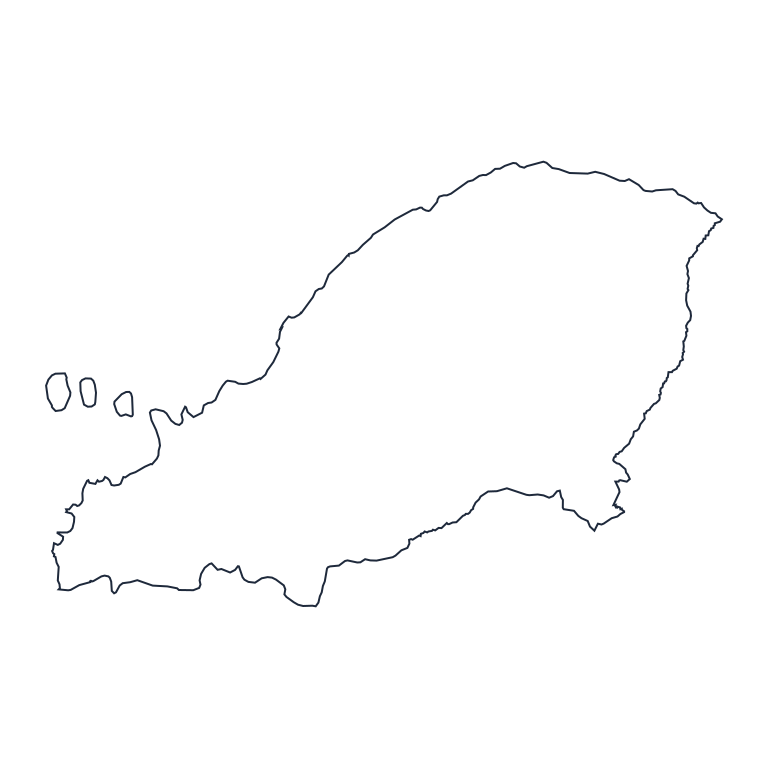 Lombok Utara, Nusa Tenggara Barat, Indonesia (Robinson projection)
{"feature_id": "22746128B90862663975631", "entity_name": "Lombok Utara", "entity_type": "district", "adm_level": 2, "iso_a3": "IDN", "parent_name": "Indonesia", "parent_adm1": "Nusa Tenggara Barat", "projection": "robinson", "projection_center": [116.286, -8.345], "detail": "fine", "context": "isolated", "style": "outline", "palette": "slate", "viewbox_px": 768, "rotation_deg": 0, "n_neighbors": 0, "source": "geoboundaries", "source_scale": "gbopen_adm2", "svg_char_len": 6047}
<svg xmlns="http://www.w3.org/2000/svg" viewBox="0 0 768 768"><path d="M496.9,491.2L506.9,488.3L526.4,494.8L529.3,495.2L537.7,494.5L543.6,495.4L549.1,497.7L553.0,496.1L557.0,491.3L559.8,490.6L561.2,497.1L562.9,499.9L562.8,507.7L563.7,509.2L574.0,510.8L578.3,515.9L581.5,518.2L587.7,521.0L590.0,526.6L594.4,530.7L597.9,523.7L601.5,524.5L603.7,523.6L611.7,518.2L617.5,516.5L620.4,514.0L624.1,512.1L624.1,511.3L622.1,509.9L621.8,508.6L620.4,509.2L620.0,507.4L618.3,506.9L617.3,507.6L616.8,506.5L615.9,507.3L615.0,505.7L615.5,504.8L613.4,505.1L619.5,492.1L619.1,489.4L615.4,481.6L618.6,481.6L619.3,480.4L620.3,480.2L626.8,481.7L629.8,479.0L627.7,474.5L626.1,472.6L625.4,469.2L619.3,463.9L616.8,463.3L613.9,461.3L613.2,460.1L613.8,458.1L614.2,457.2L615.7,456.6L615.4,455.4L616.2,454.2L618.2,453.9L619.6,451.9L621.7,451.3L624.2,447.8L629.1,443.7L630.8,439.2L633.1,436.4L633.9,431.7L636.9,430.5L638.9,428.6L640.3,424.4L644.7,418.8L644.1,413.6L645.8,413.3L646.7,411.1L649.8,409.6L650.5,407.9L654.0,403.9L655.8,403.3L659.3,400.0L659.8,397.9L659.2,394.9L660.5,394.5L660.9,392.9L660.2,391.3L660.7,388.5L662.6,387.1L663.1,383.5L664.1,383.4L664.8,381.5L665.9,381.3L666.5,380.3L666.8,378.0L667.8,377.3L668.5,372.1L672.0,372.1L672.7,370.8L676.7,368.7L677.6,366.5L679.1,365.6L680.2,361.2L683.0,359.7L682.2,357.0L683.0,354.4L682.7,353.0L684.1,351.7L683.3,350.1L683.8,346.5L683.3,341.4L684.3,340.9L686.4,335.7L686.0,332.2L687.3,331.3L687.3,329.0L686.4,328.2L686.1,325.8L687.8,322.6L690.2,320.1L691.0,315.9L690.5,311.7L687.2,305.6L686.1,300.2L686.4,293.5L688.4,290.1L687.6,288.9L688.3,285.7L687.6,283.7L688.9,278.1L687.4,274.1L688.0,271.0L686.6,265.9L689.2,260.4L689.2,258.4L692.9,256.3L692.9,255.3L697.2,250.2L696.8,248.2L697.5,245.9L698.6,246.1L699.3,244.5L702.7,241.9L703.6,238.7L705.3,238.9L705.7,235.5L708.3,235.3L709.0,231.2L710.7,230.2L711.2,228.5L713.4,227.9L713.6,225.9L714.8,225.1L714.8,223.3L720.1,221.7L721.9,219.3L717.7,216.5L715.5,213.3L710.9,212.8L707.4,210.5L704.0,207.4L701.1,203.0L698.4,203.3L697.7,202.6L696.3,203.6L694.0,203.3L684.3,196.7L678.2,194.4L675.5,190.9L672.6,189.2L655.9,190.3L652.2,191.5L645.5,190.9L643.5,190.1L638.7,185.0L629.0,179.2L624.8,181.0L619.6,180.7L604.1,174.0L595.2,171.8L587.7,173.6L569.6,173.0L558.8,169.1L552.3,168.0L546.5,162.8L543.4,161.7L526.8,166.2L524.2,167.7L519.8,166.5L516.1,163.3L513.1,163.0L504.8,165.9L500.0,168.7L495.1,168.9L490.8,172.5L486.0,175.1L482.9,175.0L479.3,175.9L472.8,180.3L468.0,181.5L451.1,193.6L447.0,195.3L443.9,195.3L439.3,196.6L437.7,199.2L437.1,201.9L430.2,210.3L428.6,211.0L426.0,210.5L423.0,209.0L421.9,207.7L420.0,207.6L416.2,209.4L412.8,209.7L394.7,219.5L384.7,227.3L373.0,234.5L370.9,237.8L362.9,244.8L357.8,250.3L354.2,252.5L348.9,253.9L348.7,255.5L348.2,255.0L347.1,255.8L341.9,262.1L328.7,274.6L324.0,286.4L321.8,288.5L318.8,289.0L315.5,291.3L312.9,297.2L301.3,313.0L300.9,312.7L299.6,314.4L294.3,317.4L291.6,317.7L288.6,316.5L283.5,322.8L280.5,328.6L281.9,328.0L280.0,331.8L279.1,338.7L276.5,342.8L276.6,344.5L279.3,348.4L278.4,351.7L273.3,362.1L267.4,370.3L265.5,374.6L260.5,379.0L259.9,378.3L251.9,382.0L246.7,383.7L243.2,384.0L238.4,383.6L235.2,381.8L227.6,380.7L225.9,381.7L222.7,385.6L219.3,391.1L215.4,399.9L211.6,402.5L208.1,403.0L203.8,405.4L202.1,412.7L193.5,417.1L187.7,412.2L186.0,407.3L185.1,406.7L181.4,414.4L182.7,419.9L182.0,422.7L179.2,425.0L175.4,423.9L171.2,420.6L166.5,413.4L163.6,411.2L155.6,409.3L151.2,410.5L149.9,412.6L151.5,420.3L156.1,430.0L159.1,439.3L160.0,445.7L158.7,450.5L158.4,455.4L156.9,458.6L152.0,464.3L150.9,464.0L144.9,466.7L135.4,472.2L130.2,474.0L125.3,477.4L123.4,477.0L120.7,483.6L118.8,484.8L114.1,485.5L111.5,485.0L109.5,480.4L107.4,478.2L105.0,477.0L103.4,480.0L102.0,481.0L99.0,481.7L97.5,480.3L95.4,483.9L89.4,482.8L88.3,480.2L87.1,480.8L83.2,488.8L82.4,493.3L82.7,500.5L81.4,503.1L79.1,505.4L77.2,506.0L75.6,504.7L73.1,504.5L69.2,509.3L66.1,509.3L66.9,511.1L66.2,512.1L71.6,513.5L74.3,517.0L74.0,521.8L72.5,528.1L70.3,531.0L67.2,532.5L57.6,532.4L57.5,533.1L63.1,536.7L62.9,539.8L60.2,543.7L57.8,544.9L54.0,543.2L53.0,549.8L52.1,551.0L53.1,553.3L54.3,554.1L53.9,556.3L55.5,557.0L56.6,562.7L58.7,566.9L57.8,580.5L59.5,584.3L59.9,588.1L58.7,589.4L68.2,590.3L70.7,589.9L79.3,585.1L90.3,582.1L90.1,581.3L90.9,580.8L92.4,581.4L93.5,581.0L101.4,576.4L104.6,575.6L108.4,576.4L109.8,577.8L111.2,581.6L111.8,590.9L114.1,593.3L116.0,592.3L119.7,585.5L122.7,583.2L130.2,582.2L137.3,580.2L152.7,585.6L167.4,586.4L177.1,588.3L178.9,590.0L193.3,590.2L199.2,587.9L200.5,584.6L199.6,580.4L201.1,573.9L204.7,567.8L209.4,564.1L211.6,563.4L217.6,569.8L221.4,569.0L230.1,572.5L235.1,569.9L237.9,566.2L238.9,566.4L242.6,577.3L244.4,579.7L248.4,581.9L255.0,582.7L261.7,578.3L267.6,577.1L272.0,577.6L276.0,579.6L283.8,585.4L285.3,589.3L284.4,594.4L286.5,597.0L293.7,602.2L298.0,604.7L303.1,606.0L312.4,605.7L315.7,606.3L318.4,602.6L319.9,596.2L321.7,592.4L322.9,586.0L324.8,581.4L327.0,568.6L328.0,567.2L330.1,566.4L338.9,565.6L345.0,561.0L347.5,560.4L357.3,562.5L360.4,562.3L365.1,559.2L370.3,560.4L376.6,560.6L392.7,557.2L395.5,555.6L401.4,550.3L407.4,547.9L409.4,543.6L409.1,539.8L411.1,539.1L412.7,539.7L419.2,535.5L420.6,536.1L420.9,533.8L423.4,533.0L424.6,531.5L427.2,532.4L428.4,531.5L431.9,530.9L432.9,529.7L435.2,530.4L438.6,527.9L441.5,528.1L446.8,523.0L447.9,524.1L449.2,524.1L452.6,522.5L456.4,522.2L462.9,515.8L464.9,515.0L465.7,513.9L468.0,513.9L469.7,512.6L471.1,510.2L473.1,508.9L473.2,507.3L475.6,502.6L479.0,499.4L480.6,496.5L488.1,491.5L496.9,491.2ZM55.6,411.0L61.5,410.2L64.7,408.2L70.1,395.8L70.4,392.4L67.6,385.6L66.3,379.3L66.7,377.6L64.9,373.4L55.4,373.7L51.9,375.4L48.4,379.6L46.1,385.6L47.9,398.5L51.9,405.4L51.9,406.9L52.7,408.0L55.6,411.0ZM91.6,406.5L94.8,404.4L95.3,402.1L96.0,392.7L94.8,384.7L93.3,380.7L91.0,378.6L85.5,378.4L82.0,380.1L80.3,382.4L80.6,391.2L84.0,404.6L87.8,406.7L91.6,406.5ZM132.8,414.7L132.1,397.2L131.0,393.5L129.3,391.9L126.1,392.0L121.7,394.2L114.5,401.6L114.2,404.1L116.8,411.8L120.0,415.6L121.4,415.9L125.8,414.4L131.0,416.4L132.1,416.1L132.8,414.7Z" fill="none" stroke="#1e293b" stroke-width="2"/></svg>